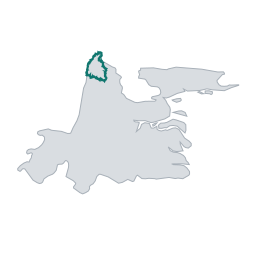 Sylhet, Sylhet, Bangladesh (highlighted), rotated 281°
{"feature_id": "16705992B47932115867008", "entity_name": "Sylhet", "entity_type": "district", "adm_level": 2, "iso_a3": "BGD", "parent_name": "Bangladesh", "parent_adm1": "Sylhet", "projection": "mercator", "projection_center": [91.877, 24.89], "detail": "fine", "context": "in_parent", "style": "outline", "palette": "teal", "viewbox_px": 256, "rotation_deg": 281, "n_neighbors": 0, "source": "geoboundaries", "source_scale": "gbopen_adm2", "svg_char_len": 8053}
<svg xmlns="http://www.w3.org/2000/svg" viewBox="0 0 256 256"><g transform="rotate(281 128 128)"><path d="M87.4,184.0L87.3,177.7L83.2,165.4L83.4,164.1L82.6,158.1L81.5,154.8L81.0,151.3L83.5,146.3L82.5,145.4L77.0,143.9L76.3,142.6L77.5,137.6L73.6,132.9L72.0,129.3L76.2,117.9L77.3,110.0L77.0,108.4L74.4,106.6L69.8,105.9L66.6,104.4L64.7,102.2L63.1,101.3L61.1,101.9L58.6,101.1L56.5,98.8L54.7,96.1L55.4,93.1L58.7,86.0L59.9,85.8L62.8,87.2L63.9,87.2L65.8,84.4L68.5,76.4L77.7,77.1L79.9,76.9L82.3,76.2L83.5,75.2L84.2,73.9L84.0,72.8L81.1,71.3L80.0,70.2L79.2,67.0L78.4,65.8L72.8,65.6L69.9,64.1L68.3,62.8L65.5,58.5L62.0,55.2L58.6,54.5L57.3,53.4L56.6,51.7L57.0,49.3L58.7,44.7L68.0,34.7L68.2,33.6L67.8,32.3L65.1,30.7L64.9,29.9L65.7,27.8L67.2,27.5L70.4,29.4L73.7,32.5L75.6,35.3L75.7,37.4L78.2,37.9L80.3,38.8L82.5,38.6L83.9,39.1L84.8,38.9L85.2,37.6L83.3,34.5L84.2,33.2L86.3,33.2L87.9,34.4L89.0,36.9L89.2,40.6L91.7,44.0L95.0,46.5L97.5,47.6L100.6,48.4L103.3,47.6L104.6,45.2L104.0,43.1L104.4,41.2L105.5,40.1L107.1,40.2L108.3,41.7L111.9,49.9L111.2,53.5L112.0,63.3L111.1,69.8L111.7,72.3L112.3,72.8L117.7,74.0L125.5,76.5L131.6,77.5L158.7,76.8L164.7,78.1L182.8,77.1L187.7,79.1L193.1,82.5L196.1,85.0L196.7,86.4L196.3,87.7L195.3,88.3L193.5,88.4L189.2,86.7L188.5,87.2L188.4,91.1L185.0,100.8L184.5,103.8L183.3,105.0L179.7,105.6L177.3,111.2L176.3,111.9L174.0,110.7L172.5,110.9L170.7,111.4L168.8,112.7L167.6,114.3L166.1,114.9L161.1,114.8L160.1,117.4L156.8,120.8L154.5,129.8L154.7,132.6L157.5,139.8L159.4,149.1L160.2,150.1L161.1,150.1L161.2,145.9L162.1,145.3L163.3,145.8L165.7,151.5L167.0,153.0L169.1,153.4L171.5,152.5L173.3,150.9L174.0,149.0L173.4,142.8L174.5,140.2L178.6,136.4L179.2,135.2L179.0,128.9L180.5,128.7L182.6,129.2L185.3,127.7L186.1,127.7L187.2,129.3L189.1,129.0L191.9,141.5L192.1,150.3L192.7,155.2L193.7,156.3L196.9,163.6L199.8,189.2L200.1,205.4L201.3,210.9L200.3,212.1L199.3,212.4L198.4,210.4L191.7,206.3L190.1,206.8L187.8,209.1L186.9,211.4L187.3,214.5L188.1,217.5L189.6,219.3L189.8,221.2L191.5,228.4L191.0,228.5L187.4,221.9L183.0,215.4L181.6,203.7L181.5,198.0L178.5,191.2L175.6,179.3L176.9,175.1L174.8,176.9L171.4,169.8L166.3,162.8L164.7,159.7L164.7,156.7L162.4,159.7L159.4,161.9L156.3,165.1L154.2,166.0L147.7,166.6L143.9,162.3L138.5,151.8L137.7,149.5L138.5,143.3L137.2,137.4L136.8,132.2L135.8,132.7L135.4,134.1L135.7,136.3L135.3,138.1L126.1,136.9L130.0,140.0L134.2,140.7L136.4,143.5L136.5,148.1L132.4,150.8L132.8,153.2L135.2,156.0L132.3,156.8L131.5,158.6L131.4,161.3L133.4,165.3L133.1,166.9L136.5,172.2L137.2,174.7L136.3,178.3L128.9,185.5L126.7,190.6L124.9,193.0L122.6,193.4L119.8,191.0L119.8,188.5L120.4,186.6L124.2,181.8L122.1,182.4L116.1,186.4L115.0,183.2L114.2,180.2L114.2,176.6L117.1,171.1L113.8,173.8L112.9,177.2L113.3,181.2L112.9,184.0L111.6,187.7L109.8,189.9L107.0,191.4L105.7,193.5L103.8,195.1L103.2,187.7L101.1,177.7L100.7,179.8L101.7,186.1L101.7,190.1L100.1,193.3L97.0,196.7L94.6,197.2L93.2,196.7L88.7,191.5L88.4,186.6L87.4,184.0ZM142.3,184.1L136.8,185.3L134.0,184.9L139.2,175.9L139.1,171.9L138.2,168.6L135.6,165.9L135.4,164.0L134.2,161.4L133.6,158.4L136.6,157.4L139.0,159.2L139.8,162.6L141.0,165.2L145.2,170.5L145.1,173.7L144.0,181.7L142.3,184.1ZM154.2,181.1L150.8,183.5L151.9,169.3L154.4,174.6L155.1,177.4L154.2,181.1ZM167.1,174.0L165.6,175.0L164.3,174.2L162.5,170.8L163.4,166.6L163.9,166.0L166.0,170.3L167.1,174.0ZM179.6,204.0L177.7,204.2L176.7,203.2L177.2,201.7L176.7,197.1L179.1,196.7L180.0,200.5L179.6,204.0ZM177.5,191.1L176.1,195.7L175.5,193.7L176.5,189.7L177.5,191.1ZM138.0,154.0L138.6,155.5L135.5,153.6L134.6,152.2L136.0,151.5L138.0,154.0Z" fill="#d9dde1" stroke="#a8b0b8" stroke-width="1"/><path d="M170.4,96.2L170.5,96.1L170.8,96.1L171.2,96.5L171.2,96.9L172.5,97.3L172.8,97.1L173.3,97.1L173.4,96.8L173.9,96.4L173.9,96.2L174.3,96.1L174.2,95.7L174.3,95.5L174.7,95.4L174.8,95.7L174.9,95.8L175.8,95.2L176.1,95.2L176.3,95.5L176.8,95.3L177.0,95.1L177.5,95.1L177.7,95.5L178.1,95.2L178.1,94.8L178.4,94.9L178.4,95.1L178.8,95.2L179.0,94.9L179.0,95.0L179.3,95.2L179.5,95.3L180.1,95.5L180.4,95.7L180.5,95.6L181.1,95.1L181.5,95.2L181.7,95.3L181.7,95.2L181.9,95.3L181.9,95.2L182.1,95.2L182.3,94.9L182.2,94.2L182.3,94.0L182.2,93.8L182.2,93.7L182.5,93.3L182.5,93.5L182.8,93.7L183.1,93.2L183.1,92.6L183.2,92.9L183.6,92.9L183.8,92.7L183.7,92.6L183.9,92.4L183.9,91.9L183.7,91.8L183.7,91.2L184.2,91.3L184.2,91.5L184.4,91.6L184.6,91.5L184.9,91.3L185.0,91.3L185.3,91.5L185.6,91.4L185.8,91.2L186.0,91.3L186.2,91.1L186.4,91.1L186.8,91.0L187.0,91.1L187.4,91.2L187.5,90.8L187.4,90.4L187.4,90.1L187.5,90.0L187.6,89.8L187.7,90.0L187.9,89.9L188.0,89.6L188.5,89.4L189.0,89.4L189.0,89.2L188.8,89.0L189.0,89.0L189.1,88.8L189.3,88.7L188.9,88.6L188.8,88.0L188.7,87.9L188.8,87.7L189.1,87.7L189.1,87.1L188.7,86.8L188.7,86.6L188.7,86.4L189.1,86.2L189.8,86.4L190.2,86.3L190.4,86.1L190.6,86.0L190.8,86.0L191.0,86.2L191.0,86.5L191.3,86.7L191.6,86.7L191.7,86.9L192.0,87.3L192.2,87.2L192.2,86.8L192.3,86.8L192.5,87.2L192.7,87.3L192.8,87.5L193.2,87.4L193.3,87.8L193.4,88.0L193.5,88.2L194.0,88.3L194.1,88.0L194.4,88.0L194.7,88.2L195.1,88.0L195.2,87.9L195.3,87.6L195.9,87.5L196.4,87.7L196.5,87.5L196.8,87.5L196.9,87.3L196.8,86.8L197.0,86.5L196.9,86.3L197.0,86.0L196.7,85.8L196.6,85.5L196.7,84.9L196.4,85.1L195.5,85.2L195.5,84.8L195.7,84.6L196.1,84.5L196.1,84.3L195.8,84.1L195.5,84.2L194.7,84.3L194.6,84.2L194.6,83.4L194.4,83.4L194.7,82.7L194.8,82.0L194.4,82.0L194.1,81.9L193.9,81.9L193.7,81.6L193.4,81.6L193.1,81.5L192.9,81.6L192.9,81.4L192.7,81.4L192.1,81.3L192.0,81.2L192.0,81.3L192.0,81.2L192.3,80.9L192.3,80.5L191.9,80.3L191.5,80.3L191.4,80.4L191.4,80.6L191.2,80.5L190.8,80.5L189.3,80.0L188.6,79.6L188.5,79.8L188.3,79.6L188.3,79.4L187.8,79.2L187.7,79.3L187.5,79.2L187.6,78.8L188.2,79.0L188.0,78.8L187.4,78.6L187.3,78.3L187.2,78.4L187.2,78.6L187.1,78.9L186.8,78.7L186.7,78.5L186.4,78.6L186.5,78.5L186.3,78.5L186.3,78.4L186.5,78.3L186.2,78.4L186.0,78.2L185.9,78.3L185.5,78.2L185.8,78.1L185.5,78.0L185.5,77.7L185.4,77.5L185.4,77.4L185.1,77.3L184.5,76.9L183.9,76.6L183.7,76.7L183.2,76.5L182.9,76.5L182.5,76.5L182.1,76.6L181.8,76.6L181.3,76.5L180.8,77.0L180.6,77.0L180.2,76.8L179.1,76.8L179.0,76.7L178.0,76.7L178.0,76.8L177.8,76.8L177.5,76.8L177.4,77.0L177.3,76.8L177.1,76.9L176.9,76.9L176.8,77.0L176.6,77.0L176.2,76.8L175.7,76.8L175.4,77.0L175.0,77.0L174.5,77.2L174.0,77.3L173.8,77.2L173.7,77.2L173.4,77.0L173.5,76.8L173.2,76.9L173.1,77.1L173.3,77.4L173.1,77.7L173.0,78.0L172.8,78.0L172.8,77.8L172.7,77.8L172.2,77.7L171.9,77.5L171.8,77.4L171.7,77.6L171.8,77.8L172.1,77.9L172.1,78.3L172.3,78.3L172.3,78.5L172.6,78.5L172.5,78.8L172.3,79.1L172.3,79.3L172.4,79.2L172.2,79.5L172.3,79.6L172.3,79.8L172.4,80.1L172.8,80.4L172.6,80.6L172.8,80.7L172.2,80.8L172.0,80.7L171.7,81.0L171.3,81.0L171.2,81.3L171.3,81.4L171.3,81.6L171.1,81.7L170.8,81.7L171.0,82.0L170.7,82.2L170.7,82.4L171.0,82.6L171.3,83.0L171.6,83.1L171.3,83.2L170.7,83.0L170.9,83.4L171.8,83.7L171.8,83.9L171.7,83.9L172.0,84.2L172.1,84.3L171.8,84.8L172.1,84.9L172.0,85.1L171.8,85.1L171.7,85.2L171.4,85.2L171.4,85.4L171.5,85.5L171.4,85.6L171.4,85.9L171.2,86.0L171.4,86.0L171.5,86.2L171.5,86.3L171.1,86.3L171.5,86.4L171.5,86.5L171.3,86.7L171.4,86.8L171.1,86.8L170.9,86.9L171.1,86.9L171.1,87.1L171.2,87.3L171.4,87.4L171.5,87.3L171.7,87.6L171.5,87.9L171.2,87.9L171.1,87.6L170.8,87.5L170.9,88.1L170.5,88.2L170.3,88.4L170.3,88.5L170.4,88.8L170.5,88.8L170.5,89.2L170.4,89.2L170.4,88.9L170.3,89.0L170.3,88.9L170.4,89.3L170.5,89.5L170.3,89.5L170.3,89.8L170.6,89.8L170.6,89.7L170.7,89.9L170.8,89.8L170.9,90.0L170.9,90.3L170.7,90.4L170.9,90.4L170.9,90.5L170.5,90.5L170.2,90.3L170.0,90.6L169.9,90.5L169.7,90.6L169.6,90.8L170.0,90.7L170.1,90.9L170.1,91.1L170.3,91.0L170.5,91.0L170.8,91.4L171.0,91.5L170.8,91.6L170.8,91.8L170.6,91.8L170.5,92.0L170.4,92.1L170.5,92.2L170.6,92.4L170.8,92.5L170.7,92.7L170.9,92.7L170.8,92.9L170.6,92.8L170.6,92.7L170.4,92.7L170.3,93.0L170.2,93.0L170.4,93.1L170.3,93.3L170.5,93.4L170.4,93.6L169.9,93.6L169.9,93.9L170.0,93.7L170.2,93.9L170.1,94.1L170.1,94.4L170.3,94.3L170.0,94.9L169.8,95.1L169.8,95.4L170.0,95.5L169.9,95.6L169.5,96.0L169.9,96.1L170.1,96.1L170.4,96.2Z" fill="none" stroke="#0f766e" stroke-width="2"/></g></svg>